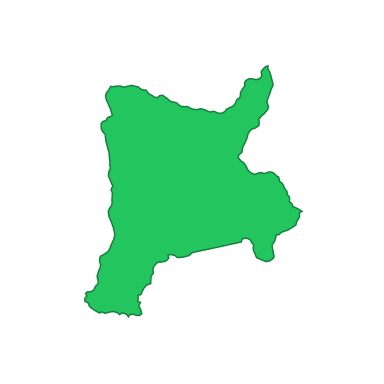 outline of Mossâmedes, Goiás, Brazil, rotated 287°
{"feature_id": "56859067B91157569259112", "entity_name": "Mossâmedes", "entity_type": "district", "adm_level": 2, "iso_a3": "BRA", "parent_name": "Brazil", "parent_adm1": "Goiás", "projection": "robinson", "projection_center": [-50.154, -16.176], "detail": "fine", "context": "isolated", "style": "filled", "palette": "green", "viewbox_px": 384, "rotation_deg": 287, "n_neighbors": 0, "source": "geoboundaries", "source_scale": "gbopen_adm2", "svg_char_len": 3583}
<svg xmlns="http://www.w3.org/2000/svg" viewBox="0 0 384 384"><g transform="rotate(287 192 192)"><path d="M205.6,302.8L206.5,299.9L207.2,296.3L207.7,292.6L209.9,290.9L211.6,287.7L213.9,287.4L215.7,286.7L217.3,284.0L220.3,282.6L222.4,279.6L224.8,277.8L226.8,275.4L227.7,272.6L229.7,271.9L231.8,270.2L232.1,268.0L233.6,265.7L234.2,263.2L233.9,260.1L232.3,257.9L230.7,255.7L230.8,252.2L229.4,249.7L227.3,247.0L227.2,244.6L227.7,242.2L229.0,239.5L230.7,237.8L233.0,235.7L235.3,232.4L235.9,229.9L238.0,226.7L240.0,225.7L242.3,226.6L244.5,228.1L246.6,227.8L249.6,227.4L255.8,228.5L259.4,228.8L264.0,228.6L267.6,229.6L270.1,231.2L271.2,233.4L275.0,236.5L277.6,236.1L281.3,234.6L285.1,236.3L287.5,237.9L290.5,239.2L292.6,240.2L295.8,240.3L300.5,237.1L303.7,237.2L309.4,237.6L313.9,237.7L318.2,238.3L327.1,232.9L329.5,231.2L332.1,228.4L334.8,227.8L333.3,225.7L330.9,224.3L328.7,223.4L326.7,223.1L324.3,224.6L321.7,224.5L319.8,223.0L318.3,221.0L318.0,218.2L317.4,214.1L315.7,212.1L314.2,210.8L311.6,210.3L308.9,211.5L305.1,210.1L301.4,209.3L298.2,210.1L295.9,210.1L294.0,208.2L291.9,207.7L290.0,207.6L287.9,207.0L285.7,205.8L284.0,203.8L281.3,200.9L278.2,199.7L275.8,197.2L275.0,193.3L275.6,189.2L274.0,186.6L273.8,183.7L274.3,180.9L274.4,178.1L274.0,175.5L272.1,172.5L271.4,167.8L272.4,162.3L271.0,159.0L270.8,156.0L271.4,153.9L272.5,152.0L272.8,149.4L272.4,147.0L272.6,143.9L274.1,141.3L275.0,138.2L275.9,135.9L274.9,133.0L272.2,131.5L271.7,128.5L272.5,126.1L273.1,123.1L273.8,121.0L276.0,118.4L275.3,115.4L275.6,112.6L276.8,109.5L276.4,106.0L276.5,103.6L273.9,98.8L272.4,96.7L272.3,92.3L271.2,88.8L269.8,86.4L269.2,83.4L265.3,82.6L262.1,81.3L258.8,81.2L254.9,83.3L252.5,85.6L250.4,87.2L247.6,89.7L242.1,93.4L240.1,91.9L238.8,89.6L235.1,88.8L233.3,86.1L230.8,85.1L228.9,85.8L226.4,86.6L223.8,88.7L221.5,92.4L219.2,93.1L216.2,94.5L214.0,95.7L211.4,97.4L207.5,99.7L205.7,101.0L203.8,101.8L201.8,102.6L199.1,103.6L197.3,104.6L194.0,105.4L191.8,106.7L188.9,106.9L186.7,106.5L182.7,107.5L180.4,109.6L178.6,111.0L176.4,112.8L174.6,114.6L172.5,114.2L170.5,114.0L168.4,115.8L165.6,116.7L161.2,117.7L157.9,118.9L155.3,119.0L152.5,118.0L149.6,117.5L146.2,118.8L144.2,119.9L138.9,124.3L136.4,126.1L134.6,127.4L131.1,129.5L128.2,130.8L123.7,131.0L118.5,130.2L113.8,130.0L110.5,129.1L107.1,126.5L103.7,123.2L100.6,123.2L97.8,124.5L95.3,126.1L91.9,126.2L88.7,125.8L83.6,125.9L79.4,128.3L76.4,128.9L73.8,127.3L69.8,126.8L67.7,125.2L66.7,123.5L66.0,121.3L64.0,119.9L61.5,121.9L59.7,120.9L57.8,120.8L56.1,121.6L55.5,125.5L52.9,127.1L51.8,129.2L50.8,132.1L49.9,135.6L49.2,138.9L51.0,140.9L50.6,144.4L52.0,146.6L53.6,149.1L54.8,152.1L54.8,156.1L53.6,158.5L55.9,160.5L56.1,163.1L55.7,165.7L54.0,167.7L56.5,168.4L57.9,171.2L57.8,174.9L58.6,178.0L60.9,179.5L64.2,177.6L67.6,174.3L71.2,175.0L71.9,171.9L74.9,171.6L77.2,170.5L79.1,173.2L82.3,173.4L86.3,174.2L90.0,176.1L92.4,179.3L94.3,178.7L99.6,177.5L103.1,178.8L106.1,177.4L108.4,177.0L112.1,178.2L114.9,180.0L116.2,183.5L118.3,187.1L120.2,188.3L122.1,189.1L124.6,187.5L126.0,189.9L126.3,194.3L125.0,197.1L127.2,202.7L130.4,207.8L134.3,210.2L150.0,238.5L152.6,243.0L158.6,253.7L161.9,253.7L163.9,257.7L163.3,261.8L161.1,263.8L159.4,266.5L156.5,266.8L154.2,267.8L151.1,270.5L148.1,272.9L147.5,278.1L147.1,283.0L148.6,286.2L151.5,288.6L153.4,289.4L155.4,288.9L157.1,287.7L158.9,287.0L161.3,285.5L164.6,284.1L169.4,285.4L173.3,285.3L175.6,285.1L176.8,287.8L179.5,289.2L181.3,291.5L183.7,295.0L185.6,296.5L187.6,298.4L190.9,301.0L193.9,300.7L196.8,301.4L199.2,302.1L201.7,301.3L203.9,301.0L205.6,302.8Z" fill="#22c55e" stroke="#15803d" stroke-width="1.5"/></g></svg>